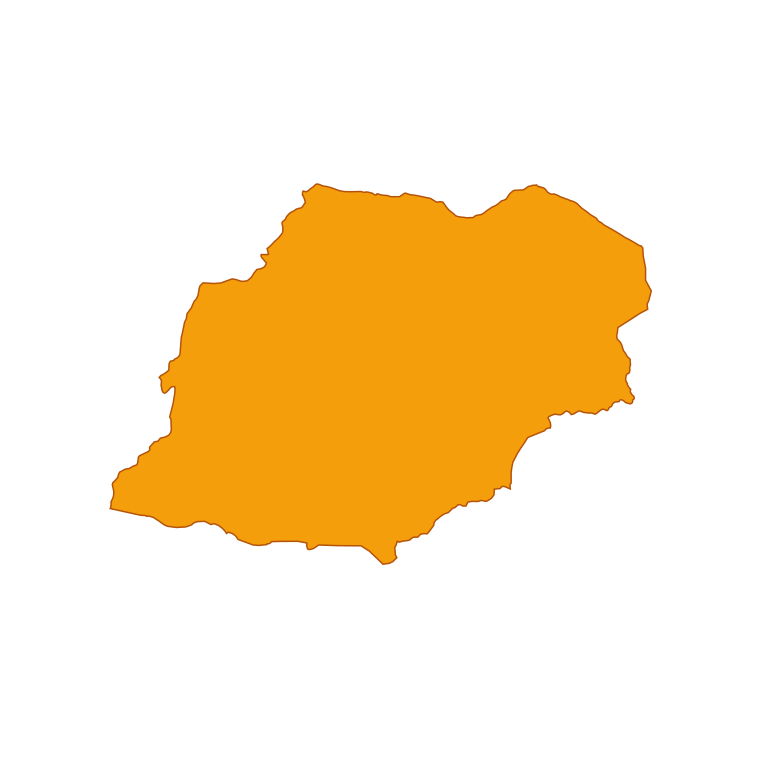 the district of Dorna-Arini, Suceava, Romania, rotated 219°
{"feature_id": "2599482B28497100220682", "entity_name": "Dorna-Arini", "entity_type": "district", "adm_level": 2, "iso_a3": "ROU", "parent_name": "Romania", "parent_adm1": "Suceava", "projection": "robinson", "projection_center": [25.454, 47.364], "detail": "fine", "context": "isolated", "style": "filled", "palette": "amber", "viewbox_px": 768, "rotation_deg": 219, "n_neighbors": 0, "source": "geoboundaries", "source_scale": "gbopen_adm2", "svg_char_len": 6171}
<svg xmlns="http://www.w3.org/2000/svg" viewBox="0 0 768 768"><g transform="rotate(219 384 384)"><path d="M271.2,653.1L272.7,652.3L283.4,650.7L289.1,649.5L292.5,649.2L299.5,648.3L302.6,647.8L304.2,647.7L307.1,647.0L308.8,646.9L310.0,646.5L313.5,646.0L317.1,646.1L317.9,645.8L319.3,645.6L321.5,645.8L322.8,646.4L324.1,646.4L330.1,645.5L334.9,645.5L341.0,645.1L347.7,645.7L350.7,645.3L351.9,644.9L355.0,643.7L357.5,643.0L360.6,641.8L361.9,641.5L363.9,640.7L365.2,640.3L366.4,640.2L367.9,639.9L370.9,638.9L371.6,638.6L373.1,637.0L374.5,636.4L375.4,636.2L376.2,636.2L377.2,636.0L381.3,636.9L383.0,636.9L387.4,635.2L387.6,634.7L388.7,634.6L390.9,634.6L391.7,633.4L392.4,633.0L393.9,631.5L394.3,630.5L395.9,628.8L396.6,626.7L397.3,624.0L398.2,622.2L401.3,619.5L402.4,618.4L404.3,616.8L405.1,615.6L405.7,613.1L406.0,611.1L405.9,608.8L405.4,604.8L406.5,602.2L407.8,600.5L408.2,598.9L408.7,595.5L409.9,592.2L411.3,589.5L413.1,583.7L414.0,579.4L415.5,576.3L418.1,573.5L419.1,571.5L419.4,569.5L422.0,567.3L423.9,565.5L427.4,563.4L429.0,562.3L432.1,560.5L434.2,559.9L436.8,560.1L442.5,560.0L445.7,560.5L452.8,562.4L455.3,560.8L457.6,558.4L464.6,557.5L478.0,550.6L482.8,547.6L487.3,545.9L488.0,545.2L488.9,542.6L489.8,539.4L496.8,533.7L499.8,532.7L504.2,529.7L506.7,528.5L508.9,527.7L509.2,527.1L509.2,525.7L510.1,525.2L511.7,524.9L513.1,525.0L514.5,524.2L516.5,523.4L518.7,522.1L519.2,521.2L521.0,519.9L522.9,519.2L532.3,511.3L535.9,508.6L539.9,506.3L548.5,503.3L552.6,501.5L555.2,500.0L557.1,499.1L559.6,498.5L562.2,497.1L562.7,495.7L563.1,492.4L564.1,489.2L564.3,487.7L564.5,486.5L565.4,484.4L568.2,483.1L568.1,482.0L567.2,480.8L566.6,479.8L564.8,479.1L562.1,477.6L559.3,475.6L559.3,474.0L558.9,470.6L559.3,468.4L560.8,466.9L562.3,464.4L562.8,462.2L564.3,459.0L564.9,456.6L565.1,452.7L564.4,450.7L564.5,448.4L565.0,446.0L564.6,445.1L564.0,444.3L561.6,442.5L558.9,439.3L558.0,437.3L557.9,431.2L558.3,428.3L558.7,426.2L559.2,419.9L559.6,417.8L560.1,415.7L555.4,412.1L556.1,411.2L560.9,407.3L560.2,406.2L558.7,405.4L551.6,404.0L550.9,402.7L550.7,399.5L551.5,397.4L552.8,395.4L554.9,392.8L554.8,387.3L554.5,386.4L554.3,383.2L555.2,378.2L557.4,375.8L559.5,374.0L565.0,371.9L568.2,370.1L574.4,359.8L579.5,355.0L588.3,348.7L588.7,344.4L587.9,342.2L584.4,336.0L583.3,331.9L583.6,329.1L582.7,325.5L581.6,321.9L581.5,318.5L581.3,314.8L580.3,312.9L578.8,310.6L577.8,306.4L572.7,296.6L570.7,292.4L561.3,278.8L560.8,276.4L561.2,274.0L562.2,271.9L562.5,269.4L564.3,267.4L564.2,265.7L563.4,263.9L560.0,259.5L560.1,258.2L561.1,254.0L562.8,249.9L562.8,247.6L560.8,247.4L558.8,246.3L556.6,242.9L552.4,239.3L550.1,238.4L549.1,238.6L548.1,239.7L547.7,243.0L547.5,247.4L546.4,249.3L544.8,250.1L543.0,248.3L540.7,245.0L535.7,236.3L529.8,223.5L527.4,222.5L520.5,214.6L519.2,212.0L519.1,208.7L520.7,205.1L523.7,201.2L523.7,197.3L526.1,194.4L526.4,187.4L524.7,185.5L524.5,184.0L525.3,181.8L528.8,174.5L528.8,172.6L526.0,168.0L525.2,165.7L527.3,162.1L529.0,157.7L531.5,155.0L534.0,149.1L533.4,146.6L532.1,143.9L532.2,139.5L532.6,136.6L531.8,134.8L527.6,131.5L525.7,129.7L523.6,126.5L522.7,123.7L521.9,120.6L520.5,119.0L518.5,115.7L518.4,114.9L490.6,128.8L489.1,129.8L487.8,130.9L487.2,131.3L484.8,132.0L484.4,132.8L483.2,133.6L479.3,135.2L472.5,135.9L467.7,136.1L465.2,136.4L462.3,137.4L455.0,141.9L448.2,148.1L446.4,150.9L444.8,153.7L444.5,156.3L442.4,159.6L437.0,164.4L430.0,165.9L428.1,168.6L423.4,170.0L418.7,170.1L415.4,169.7L412.2,168.8L411.8,170.8L407.9,172.4L404.3,172.6L401.3,172.0L399.7,171.3L384.5,176.5L379.9,179.6L374.1,185.3L374.4,186.0L373.0,187.4L372.3,188.7L372.1,190.8L365.7,196.3L352.0,207.5L343.9,211.9L342.5,209.8L339.6,207.7L337.9,208.2L335.3,211.7L333.4,217.8L318.2,229.3L300.0,243.8L290.4,244.9L277.8,243.9L271.4,243.3L267.1,247.9L265.4,251.4L264.7,257.1L267.5,258.3L272.7,263.7L273.3,266.8L274.7,270.0L272.5,270.8L271.5,272.4L269.5,274.9L268.2,276.0L266.9,277.5L265.6,279.5L265.6,281.1L264.6,283.6L261.3,286.3L261.0,290.4L258.7,293.0L256.2,294.7L256.0,297.4L256.4,305.3L257.9,307.9L258.0,310.9L257.4,313.2L256.9,316.2L255.5,320.8L253.1,324.6L252.4,330.8L251.0,332.8L250.5,336.6L248.7,338.3L246.3,338.6L243.5,340.7L244.5,345.0L242.0,347.9L239.3,350.1L238.4,350.7L236.8,352.2L235.3,354.6L230.6,357.2L229.3,360.4L228.6,362.7L228.7,366.0L228.9,367.3L232.1,371.8L230.9,372.8L229.7,374.4L228.6,374.9L228.1,375.8L227.7,378.8L226.5,379.7L225.5,380.3L219.8,381.9L222.7,384.9L222.9,387.1L229.4,395.1L232.0,399.3L234.6,404.3L236.5,413.5L237.3,419.6L237.8,426.1L238.6,432.9L229.8,448.8L229.9,450.4L228.9,452.8L228.0,453.8L227.1,454.3L227.3,454.9L228.0,456.2L228.9,457.2L230.3,458.5L233.0,460.0L234.7,460.6L235.4,461.3L235.3,462.2L234.3,464.7L233.0,467.1L231.5,468.6L229.5,469.7L227.7,470.9L226.9,472.1L226.2,474.2L225.8,476.6L225.1,477.9L223.5,478.4L222.2,478.6L220.8,478.4L219.2,478.1L217.8,480.0L216.0,484.8L215.2,486.0L214.6,486.5L211.6,487.3L210.1,488.1L206.7,490.2L205.2,491.5L204.0,492.3L202.0,493.0L201.0,493.4L200.7,493.9L200.3,495.0L199.8,497.4L199.3,499.6L198.8,501.1L198.3,501.9L197.7,502.5L196.1,503.1L194.9,503.2L193.9,503.8L193.6,504.2L193.7,505.4L194.1,507.7L194.0,508.1L193.4,508.9L193.1,509.8L193.2,510.3L193.6,511.4L193.8,512.4L193.6,513.7L193.2,515.2L192.6,516.1L190.7,517.7L190.4,518.1L190.4,519.0L190.5,519.5L190.5,520.1L190.0,520.8L189.4,521.2L188.4,521.6L187.6,521.7L184.6,521.7L183.7,521.9L181.8,522.8L180.2,523.4L179.8,524.0L179.3,525.6L179.5,526.4L180.2,527.4L180.6,528.1L180.3,530.0L180.5,530.4L181.4,531.2L182.3,531.7L184.8,531.7L185.8,532.3L187.1,532.5L188.1,533.4L188.9,535.1L191.4,535.5L193.3,536.1L194.8,536.9L195.1,537.4L195.4,537.7L196.9,538.1L197.4,538.3L199.0,539.5L200.6,542.0L201.1,543.0L201.4,544.1L201.3,545.1L200.6,546.2L200.5,547.4L202.1,550.2L202.7,550.6L203.4,551.3L203.8,552.2L204.1,553.3L204.7,554.1L205.4,555.1L206.4,555.9L207.2,556.7L207.8,557.8L208.3,558.0L209.3,558.3L211.4,558.3L213.0,558.7L215.6,559.8L219.2,560.7L220.5,561.8L221.5,562.3L222.3,563.0L225.1,564.6L226.8,565.2L230.9,565.7L231.6,566.1L233.7,568.1L234.9,570.7L237.8,575.1L233.7,587.2L229.5,600.1L226.1,608.0L229.8,611.7L230.6,615.2L234.8,624.5L246.0,629.2L253.6,638.6L263.2,646.7L268.5,652.6L270.4,653.0L271.2,653.1Z" fill="#f59e0b" stroke="#b45309" stroke-width="1.5"/></g></svg>